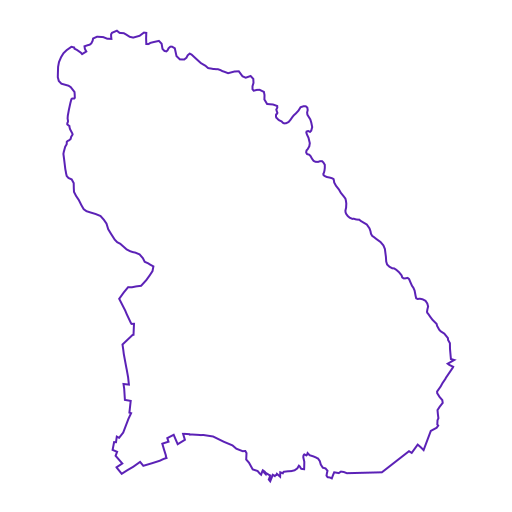 Tepatlaxco, Veracruz, Mexico
{"feature_id": "50627088B46485171339687", "entity_name": "Tepatlaxco", "entity_type": "district", "adm_level": 2, "iso_a3": "MEX", "parent_name": "Mexico", "parent_adm1": "Veracruz", "projection": "robinson", "projection_center": [-96.855, 19.048], "detail": "fine", "context": "isolated", "style": "outline", "palette": "violet", "viewbox_px": 512, "rotation_deg": 0, "n_neighbors": 0, "source": "geoboundaries", "source_scale": "gbopen_adm2", "svg_char_len": 5945}
<svg xmlns="http://www.w3.org/2000/svg" viewBox="0 0 512 512"><path d="M409.0,451.2L411.7,452.9L417.7,444.6L420.6,447.1L423.6,450.1L430.8,430.9L436.6,427.8L438.2,425.6L437.3,424.4L437.5,420.3L438.4,418.2L437.9,414.3L437.5,410.1L439.7,406.7L442.7,402.9L442.3,400.1L439.6,397.0L437.2,393.2L437.1,391.5L440.7,386.4L442.5,383.1L445.5,378.7L445.9,377.8L452.9,367.5L453.2,366.8L453.0,366.7L449.3,364.9L447.7,363.7L454.2,360.0L450.9,359.0L450.4,353.4L450.0,348.9L449.9,343.2L448.1,340.0L447.9,338.1L444.3,333.6L440.7,331.3L439.2,329.7L437.1,325.9L436.6,323.9L434.9,322.2L432.4,319.7L430.3,316.9L428.3,314.0L427.3,312.8L427.0,311.9L427.4,309.3L428.1,306.5L427.3,303.5L425.5,300.8L422.6,299.3L419.8,298.7L417.6,299.0L416.2,298.3L415.6,295.9L414.6,290.6L413.4,287.8L412.0,285.8L410.3,282.0L409.1,279.1L407.6,277.9L405.1,278.4L403.7,278.4L402.2,277.4L401.6,275.4L399.0,272.2L396.3,269.8L394.1,268.4L392.3,268.3L389.4,266.7L387.1,264.5L386.2,261.5L385.9,256.8L385.4,253.0L384.9,249.0L383.4,245.4L380.5,242.0L376.2,238.9L374.1,237.2L372.2,235.9L371.0,233.8L370.5,231.3L369.5,228.4L366.8,224.5L361.0,221.1L359.1,219.6L358.3,219.7L355.9,219.4L353.7,218.7L352.4,218.9L349.7,217.7L347.8,216.1L346.3,214.1L345.6,212.5L345.4,210.7L346.1,207.6L346.3,203.5L345.9,200.6L345.4,198.6L343.5,196.1L340.8,192.8L339.0,189.6L336.0,185.8L334.2,182.5L333.9,180.4L333.5,179.0L331.9,178.2L329.8,177.6L326.8,177.0L324.8,176.1L323.6,175.2L323.3,174.0L324.0,172.5L324.5,170.4L324.8,167.9L324.8,164.8L323.4,162.5L322.1,161.2L320.0,161.2L318.1,161.9L315.5,161.8L313.6,160.9L312.0,158.7L310.5,156.0L309.2,154.7L307.1,154.1L306.2,152.6L306.3,151.4L306.6,150.3L307.6,149.3L309.3,146.3L309.8,143.2L308.5,137.8L307.0,134.6L306.3,132.6L306.6,131.5L308.2,131.0L310.0,131.9L311.2,130.7L312.2,127.1L311.3,122.7L310.3,119.4L308.8,117.0L307.4,114.7L307.1,112.5L307.7,110.0L307.3,107.6L305.8,106.3L303.7,106.2L300.6,107.2L298.4,110.7L295.8,113.5L293.8,115.3L292.5,116.9L290.4,119.9L288.6,122.0L286.2,123.2L284.2,123.4L282.9,122.8L281.6,121.4L279.2,120.3L277.8,119.2L277.3,118.5L276.3,117.7L276.0,116.7L276.0,114.9L276.3,114.2L277.0,113.8L277.4,112.9L276.9,111.6L276.6,110.6L276.3,109.6L277.3,107.6L277.2,106.0L273.0,104.5L267.1,104.0L264.4,99.5L264.5,95.0L263.9,91.9L259.6,89.8L256.8,89.9L253.7,90.7L252.5,89.2L252.5,86.2L253.5,82.9L253.3,78.9L250.6,76.0L245.7,77.7L242.5,76.3L238.8,71.3L234.5,71.5L228.1,73.2L224.2,71.7L222.3,71.1L220.5,70.1L217.9,69.2L216.9,69.2L216.1,69.2L215.2,69.1L214.2,69.0L213.2,69.0L212.3,68.8L211.4,68.6L210.7,68.5L209.4,68.3L208.7,68.2L208.0,68.0L205.5,65.8L201.0,63.2L195.7,58.4L191.6,54.6L189.7,53.6L187.7,55.3L186.4,57.8L184.2,59.5L179.9,59.4L176.5,56.1L174.8,48.3L172.1,46.7L170.8,46.6L170.2,46.8L168.6,48.2L167.5,50.4L166.3,51.4L165.7,51.2L164.5,51.0L162.5,48.9L161.6,43.7L158.9,40.9L153.9,42.0L150.3,42.9L149.2,43.7L148.1,44.1L146.3,44.0L146.1,38.4L146.3,32.9L143.9,32.6L139.6,35.8L133.2,37.6L129.7,36.8L126.1,34.5L123.8,33.2L119.6,32.9L116.9,30.7L112.0,32.8L111.1,34.3L111.1,36.2L111.4,38.9L107.2,38.7L103.2,37.1L97.1,36.7L93.1,38.5L92.6,40.8L91.3,43.4L89.7,44.7L87.7,45.2L84.5,46.3L84.9,48.9L86.3,51.5L83.7,53.1L82.1,54.1L80.9,52.7L76.9,49.9L74.5,48.7L74.2,47.5L71.4,46.8L66.7,50.1L63.5,53.2L61.1,57.1L59.0,62.0L58.1,66.8L57.9,73.1L57.8,77.2L58.8,81.0L61.4,83.7L68.5,85.7L70.7,87.1L74.5,92.0L74.7,94.5L74.8,97.8L74.2,98.5L72.2,98.5L71.4,99.2L70.4,102.9L68.9,109.7L67.8,115.7L67.6,118.4L68.0,121.0L67.9,121.9L67.3,123.2L67.3,124.4L68.4,125.3L69.4,126.0L69.6,127.6L70.1,129.3L72.3,133.4L72.6,134.4L72.2,135.2L71.2,136.7L70.6,139.0L69.1,140.3L67.6,141.0L66.8,141.8L66.7,144.1L66.3,144.9L65.2,146.7L63.8,151.8L63.4,153.9L64.2,160.0L65.3,169.1L65.8,171.6L66.0,173.0L66.7,176.0L68.5,178.0L71.7,179.4L73.7,183.1L73.8,188.1L74.0,191.9L76.1,196.0L78.8,200.0L81.5,205.4L83.7,209.2L86.5,211.2L90.6,212.5L95.6,214.0L100.5,216.0L103.8,219.7L106.5,223.6L108.2,229.2L110.8,233.5L114.7,239.6L117.2,242.2L120.3,243.8L126.6,249.4L130.1,251.2L132.8,252.1L135.3,252.6L139.6,254.4L142.9,258.2L144.7,261.8L148.1,263.3L150.1,264.6L153.4,266.4L152.5,271.1L149.6,275.5L146.3,280.1L141.1,285.8L136.2,286.4L131.8,287.3L128.1,287.2L123.8,292.4L119.2,298.8L123.9,308.0L125.1,310.3L126.7,314.1L130.8,322.8L131.5,323.9L134.0,323.8L133.6,332.7L133.5,334.8L132.5,335.0L122.5,344.5L123.3,350.1L123.8,354.1L125.1,361.1L126.5,368.6L126.6,368.9L128.1,377.3L128.9,384.6L123.5,384.0L124.2,388.8L124.6,395.2L124.9,399.9L130.7,400.9L129.4,412.6L131.1,413.2L128.5,418.7L123.2,432.6L119.1,437.8L116.8,436.6L116.5,438.6L116.0,442.2L114.1,442.1L112.6,449.9L117.1,451.8L115.6,455.8L117.7,458.2L119.7,460.5L122.3,463.5L116.5,467.3L116.6,467.5L121.7,473.8L127.5,470.1L133.2,466.8L140.1,461.9L143.3,465.8L152.1,463.2L159.9,460.7L162.6,459.4L164.3,458.7L166.5,458.0L165.8,456.0L165.9,455.5L164.0,449.5L162.3,443.7L162.8,443.5L168.5,441.7L167.3,438.1L173.7,434.8L175.2,438.4L177.7,444.2L184.9,439.8L183.1,433.9L185.2,433.9L189.5,434.2L189.7,434.6L191.9,434.5L198.6,434.9L200.8,435.1L203.0,435.0L203.4,435.0L213.1,436.5L223.9,441.8L232.5,445.4L236.3,448.7L242.7,451.2L245.3,451.0L246.5,453.1L246.2,459.5L249.0,462.7L252.7,469.4L257.6,471.0L259.7,473.5L261.1,474.7L262.2,471.6L262.8,470.3L264.6,471.6L264.1,472.5L265.8,474.3L266.1,473.1L267.9,474.2L268.8,474.8L270.2,475.4L269.5,477.7L269.2,478.6L268.8,479.5L270.2,481.3L272.8,474.8L274.8,476.1L275.3,475.3L276.3,475.1L276.9,473.8L280.1,476.7L280.3,472.3L282.8,473.3L283.3,472.3L283.7,471.8L287.7,471.3L291.3,471.1L294.6,470.3L297.3,468.4L298.9,465.7L299.9,466.6L301.0,468.6L301.6,468.9L304.1,469.2L304.2,467.4L304.3,461.8L303.3,457.3L303.4,455.8L303.9,454.8L304.3,454.4L306.3,455.4L306.6,455.0L306.8,455.0L307.1,454.6L307.6,453.1L309.6,455.2L313.4,456.4L316.0,457.5L317.0,458.1L318.0,458.5L319.8,461.1L320.8,464.6L322.8,467.7L325.5,468.4L327.5,470.8L327.0,472.8L326.5,475.6L327.6,477.2L329.9,477.5L331.8,478.4L332.9,475.4L334.2,472.3L338.8,473.1L340.9,471.6L343.8,472.0L346.9,473.2L381.9,472.3L409.0,451.2Z" fill="none" stroke="#5b21b6" stroke-width="2"/></svg>